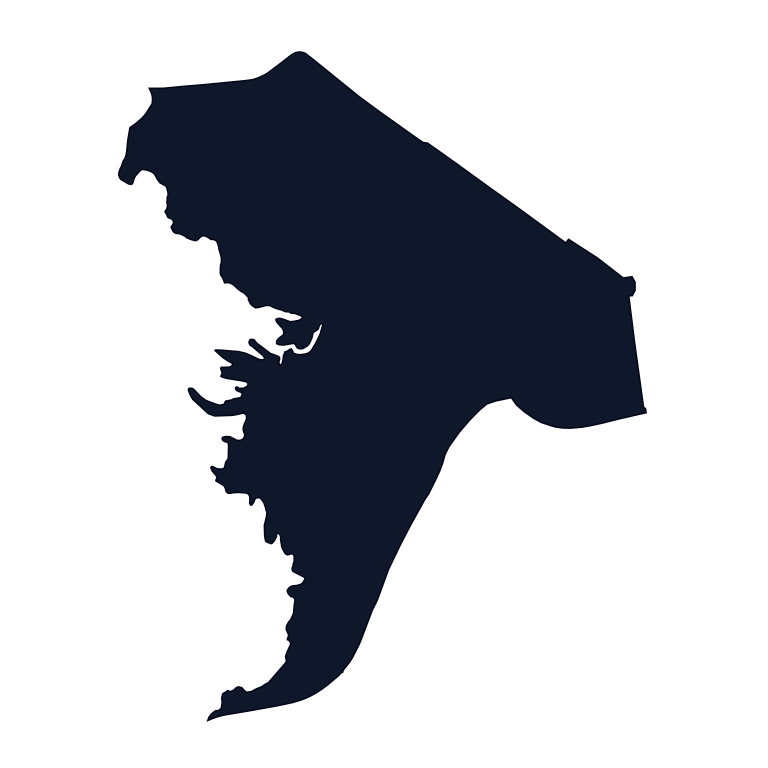 Minshat Nasir, Al Qahirah, Egypt, rotated 89°
{"feature_id": "37247803B62139513677683", "entity_name": "Minshat Nasir", "entity_type": "district", "adm_level": 2, "iso_a3": "EGY", "parent_name": "Egypt", "parent_adm1": "Al Qahirah", "projection": "orthographic", "projection_center": [31.288, 30.043], "detail": "fine", "context": "isolated", "style": "filled", "palette": "ink", "viewbox_px": 768, "rotation_deg": 89, "n_neighbors": 0, "source": "geoboundaries", "source_scale": "gbopen_adm2", "svg_char_len": 6146}
<svg xmlns="http://www.w3.org/2000/svg" viewBox="0 0 768 768"><g transform="rotate(89 384 384)"><path d="M78.3,517.8L81.8,562.6L82.8,578.3L84.5,599.8L84.2,613.5L88.9,611.5L92.1,610.7L95.3,610.5L99.7,610.9L109.6,617.4L114.2,621.6L119.0,627.3L122.9,633.0L123.5,633.6L136.3,636.0L147.2,637.2L151.5,638.1L154.4,639.3L156.2,640.7L162.5,643.0L163.8,643.9L167.5,645.3L170.4,645.6L173.0,644.8L174.8,643.6L179.6,635.8L179.9,633.0L179.2,631.9L174.9,630.5L172.2,629.3L170.5,627.9L165.9,623.5L165.2,621.2L166.2,616.7L167.0,614.4L168.6,611.5L170.0,609.9L175.8,606.8L179.0,604.4L182.3,598.6L184.2,597.7L189.2,596.6L191.0,596.5L194.0,597.6L195.9,597.6L198.3,597.9L199.3,597.8L201.8,597.3L204.8,598.0L207.9,600.0L210.4,598.4L212.8,597.6L213.9,596.9L215.3,593.3L216.7,592.2L218.6,591.5L221.1,592.4L222.2,593.4L223.6,594.1L227.5,592.3L229.1,590.8L229.8,589.0L230.1,586.0L231.5,582.7L232.8,580.4L234.6,578.2L236.1,574.6L237.3,570.7L237.3,569.1L236.2,567.3L234.4,565.7L232.8,563.4L232.7,560.9L233.9,558.0L236.4,554.5L236.5,552.1L237.4,550.0L238.2,548.9L240.9,547.8L244.2,546.8L245.8,546.8L250.3,545.5L255.0,544.4L260.0,544.5L262.0,545.3L265.0,545.6L271.1,545.7L272.7,545.0L275.3,543.3L280.1,541.6L279.8,537.9L280.9,535.0L282.4,532.5L285.8,529.1L288.9,525.3L290.8,522.0L295.5,517.7L297.0,518.2L301.4,516.2L303.3,514.5L305.6,511.1L305.2,507.7L303.3,500.1L303.6,496.7L305.1,494.0L306.5,490.7L307.5,487.9L308.0,485.4L309.8,481.8L310.1,480.0L310.1,478.2L311.6,475.2L311.9,471.7L314.8,464.9L316.1,464.3L317.3,465.4L318.6,467.2L319.6,471.6L320.1,476.6L317.2,484.3L316.4,487.4L317.2,490.7L318.0,491.0L320.3,490.1L326.3,484.9L328.0,483.9L329.9,483.4L331.2,483.3L333.2,483.9L335.8,487.6L337.7,489.6L338.8,490.3L340.3,490.7L341.8,490.6L342.9,488.1L343.2,485.5L343.2,482.8L342.0,475.2L341.9,474.1L342.1,472.8L343.0,472.0L346.2,470.2L347.1,468.5L347.4,467.2L347.3,465.4L346.9,463.9L344.7,460.2L342.8,458.3L341.4,457.4L336.5,455.2L331.7,454.1L330.8,453.3L329.0,450.1L327.5,448.6L324.3,447.7L322.3,445.6L322.5,444.3L324.8,444.5L333.1,447.0L341.0,451.0L347.1,454.7L349.9,456.6L351.9,459.6L352.6,462.0L353.2,466.8L353.1,469.6L352.6,471.6L352.2,472.3L351.9,473.6L350.8,474.5L349.5,474.7L347.3,476.0L347.7,477.4L349.6,480.5L350.2,482.5L352.9,483.5L353.9,484.1L356.2,484.3L360.0,485.0L362.1,485.8L363.1,486.8L362.9,488.4L360.1,488.7L357.4,487.9L355.6,488.0L354.4,489.4L351.5,497.0L340.9,510.5L337.4,513.2L337.1,514.8L337.1,516.9L338.1,517.6L339.8,518.3L341.2,518.0L342.6,517.4L344.2,515.1L353.2,504.8L355.2,503.1L357.5,503.4L357.7,507.3L356.5,510.0L353.4,516.2L350.8,522.0L349.1,528.7L347.3,546.4L347.0,551.7L347.6,552.3L354.8,544.6L358.2,539.6L360.6,535.5L362.8,535.1L364.3,537.5L364.6,543.0L364.4,546.5L365.8,546.9L370.5,545.6L373.4,547.0L374.4,545.3L375.7,540.8L378.4,525.7L379.5,521.5L381.3,519.7L383.6,520.6L385.7,524.1L385.9,528.6L384.3,531.3L385.2,532.5L387.0,532.3L388.2,531.0L390.2,526.3L392.6,526.0L395.1,527.6L396.2,534.4L397.3,536.8L398.4,542.7L401.7,544.5L402.3,548.8L401.2,552.7L397.4,562.2L393.8,567.1L386.8,573.6L385.2,575.4L384.8,577.9L385.1,579.3L386.7,579.7L389.1,578.9L392.6,577.4L396.0,575.5L404.6,566.4L410.6,560.3L413.0,553.8L412.7,536.2L412.2,532.8L410.7,525.8L411.1,524.2L411.7,523.0L413.0,522.2L416.2,521.9L422.0,524.5L424.6,525.4L427.6,525.6L431.3,524.4L433.0,524.1L434.3,524.5L435.8,525.4L436.8,526.2L437.9,528.8L437.9,530.0L437.7,532.2L437.1,533.1L433.9,539.3L433.8,543.5L434.5,546.3L435.4,546.8L437.0,546.5L438.4,545.2L439.2,543.1L439.5,541.3L440.3,540.9L443.0,540.5L455.4,541.0L457.6,542.1L458.9,543.5L464.2,544.8L465.6,545.6L466.2,548.0L465.9,552.4L464.0,555.9L463.5,557.1L463.8,558.1L464.7,558.5L468.2,557.2L472.3,553.6L474.1,552.8L475.4,552.7L477.2,553.8L478.1,553.6L482.7,546.0L484.2,545.0L485.5,544.4L487.3,544.1L489.1,543.5L490.4,542.0L490.6,539.7L490.0,536.1L489.9,530.9L490.6,523.8L491.6,521.6L493.7,520.3L496.9,520.1L501.0,520.4L502.8,519.4L502.8,518.4L500.2,516.4L496.9,515.1L495.8,513.8L495.4,511.3L495.9,509.8L496.7,509.0L499.7,506.7L501.4,505.9L506.4,504.4L508.0,504.1L510.4,503.3L514.2,503.8L523.3,506.1L534.2,506.0L539.0,505.1L540.5,503.1L540.7,501.8L541.7,499.8L541.2,498.5L538.8,496.4L535.2,494.4L533.4,494.0L531.1,494.2L531.4,492.6L532.3,491.4L533.3,490.5L535.1,490.0L537.6,490.1L544.7,489.1L547.7,488.0L550.9,486.3L552.3,485.2L553.1,483.5L552.8,481.8L552.1,480.0L552.2,478.6L553.0,477.5L554.2,476.9L559.3,476.9L562.8,478.0L564.7,478.3L566.9,479.2L568.8,478.8L569.8,478.3L576.2,466.4L577.4,466.4L579.7,467.6L581.9,469.2L582.9,470.9L583.9,474.5L584.3,479.3L585.5,481.9L588.2,484.2L589.4,484.4L592.0,483.4L595.0,480.8L595.3,478.9L595.9,478.0L597.4,477.0L599.7,476.8L602.5,477.5L611.6,478.4L617.5,481.1L620.7,483.8L624.3,485.7L627.5,486.1L633.7,483.6L636.1,484.7L638.0,485.1L638.4,483.9L640.0,482.3L642.7,481.9L649.5,485.3L654.6,487.2L658.9,486.4L660.9,487.1L680.8,505.0L682.0,507.8L684.4,511.3L686.5,516.8L689.3,522.2L689.8,526.6L688.2,529.0L685.5,531.0L684.4,533.8L684.4,535.7L685.6,537.7L687.6,539.7L688.8,542.8L688.5,544.4L687.7,545.6L688.9,547.1L690.9,550.6L695.3,551.8L699.2,551.3L705.5,552.4L707.5,555.2L707.9,558.3L709.5,560.6L711.6,563.0L714.3,564.9L717.4,566.1L715.6,561.6L714.0,556.9L712.3,550.2L708.3,523.6L703.7,495.2L700.9,480.9L698.6,472.7L696.9,468.0L694.7,463.0L691.6,457.1L688.5,452.1L684.0,445.8L675.1,434.9L672.0,431.8L671.6,430.4L669.3,429.7L661.8,423.5L657.0,420.3L644.4,413.6L640.7,411.9L610.3,399.8L599.8,394.4L569.0,382.5L544.6,370.2L526.2,360.2L501.0,345.7L494.3,341.1L480.6,334.0L471.7,329.7L464.6,326.9L455.4,324.1L447.9,320.2L433.7,309.7L422.4,299.7L411.6,288.8L405.7,281.4L402.9,272.6L399.9,256.9L407.4,251.8L414.3,244.1L420.7,235.3L425.2,227.5L428.6,217.8L430.0,213.1L431.1,205.9L431.4,197.8L430.6,186.7L429.2,177.8L427.0,166.7L422.8,148.6L417.3,122.4L413.2,123.0L411.7,124.9L347.0,132.7L300.2,137.7L300.0,134.2L294.7,131.3L286.5,131.2L281.0,134.2L282.2,142.9L261.8,168.3L242.5,197.0L246.2,199.6L210.4,246.8L189.8,274.6L164.0,308.9L143.8,336.4L143.3,340.5L139.2,346.4L110.6,385.1L96.1,404.0L57.3,450.3L52.1,456.8L51.3,458.7L50.6,461.5L50.6,464.1L51.3,467.1L53.3,470.8L61.4,481.6L71.5,495.6L73.2,498.7L75.3,503.5L77.0,508.5L77.4,510.2L78.3,517.8Z" fill="#0f172a" stroke="#020617" stroke-width="1.5"/></g></svg>